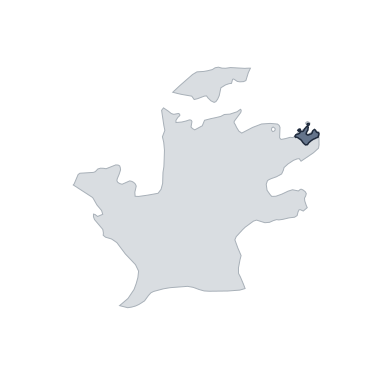 location of Qazakh District, Qazax, Azerbaijan, rotated 126°
{"feature_id": "54616110B43488292017990", "entity_name": "Qazakh District", "entity_type": "district", "adm_level": 2, "iso_a3": "AZE", "parent_name": "Azerbaijan", "parent_adm1": "Qazax", "projection": "robinson", "projection_center": [45.173, 41.158], "detail": "fine", "context": "in_parent", "style": "filled", "palette": "slate", "viewbox_px": 384, "rotation_deg": 126, "n_neighbors": 0, "source": "geoboundaries", "source_scale": "gbopen_adm2", "svg_char_len": 4537}
<svg xmlns="http://www.w3.org/2000/svg" viewBox="0 0 384 384"><g transform="rotate(126 192 192)"><path d="M256.1,292.2L254.7,292.1L244.8,294.4L242.7,293.7L234.1,283.3L232.4,282.2L228.7,281.7L226.5,280.0L224.7,277.3L223.7,275.2L214.9,269.6L213.6,267.6L213.4,265.8L214.6,264.2L216.1,262.8L220.4,261.4L225.4,260.2L227.0,259.4L227.8,257.9L227.7,255.5L226.8,253.1L219.6,248.9L218.8,247.0L218.5,244.8L218.9,242.4L220.0,240.6L225.8,238.1L228.9,235.5L227.0,232.6L220.6,226.0L213.0,218.7L208.0,218.6L202.3,220.8L193.2,227.0L188.1,229.6L181.5,234.0L174.3,238.9L168.4,244.1L164.7,248.4L158.1,250.2L154.8,253.8L143.8,264.6L140.7,264.5L140.5,259.1L140.7,254.9L139.9,252.4L136.4,249.1L136.3,247.7L137.3,246.8L140.0,247.3L143.5,247.1L145.2,245.8L141.4,241.4L138.0,238.5L135.2,236.5L134.5,235.3L134.5,234.4L135.1,233.4L140.0,231.0L140.4,228.8L140.1,226.3L132.4,222.6L126.6,224.0L121.5,219.8L118.1,216.7L114.0,213.2L110.3,211.4L106.7,207.1L100.6,202.7L96.6,201.4L96.7,200.7L97.4,199.9L99.0,199.3L110.0,199.4L111.3,198.6L112.0,196.7L113.5,194.0L115.2,189.9L115.1,186.4L104.1,180.9L96.1,175.7L90.5,169.0L86.8,162.8L86.9,160.7L88.0,158.8L96.5,153.1L97.1,151.6L96.9,150.6L93.8,147.7L90.0,144.7L88.8,142.5L86.4,141.4L81.8,141.3L73.8,137.6L72.1,137.2L71.8,136.5L72.2,135.8L77.9,134.3L77.8,133.0L76.1,131.4L72.8,130.2L69.9,127.3L68.8,124.7L79.2,116.9L82.2,115.4L88.9,116.8L103.0,121.9L102.0,124.8L103.4,126.4L106.7,128.5L112.8,130.8L118.1,131.9L120.7,130.9L124.7,130.1L130.0,132.6L134.8,135.9L137.2,137.2L138.5,137.6L142.1,136.5L146.5,132.3L148.2,127.3L148.7,124.9L146.1,121.6L140.8,118.0L134.9,114.8L131.1,112.0L128.6,106.5L126.2,105.9L125.5,105.2L125.1,103.3L125.2,100.6L126.1,98.6L128.4,97.7L130.8,97.4L133.0,95.5L135.7,91.7L136.9,89.6L142.0,90.8L142.7,94.2L143.6,94.9L145.8,94.5L149.3,93.1L152.1,94.2L155.8,98.2L160.8,102.5L163.6,105.4L164.6,107.3L167.2,109.3L171.0,111.5L174.0,115.0L176.8,123.3L179.5,125.2L189.2,128.3L192.6,128.9L202.1,130.0L205.5,129.2L210.3,122.1L214.6,114.9L218.7,113.3L226.1,109.8L230.5,106.5L232.3,102.9L236.4,96.1L238.9,92.3L243.3,95.7L251.1,104.9L262.2,119.8L264.9,124.0L266.7,128.9L268.4,134.9L270.9,140.1L282.2,153.4L287.1,158.2L295.0,164.6L297.7,166.0L301.4,166.4L308.0,166.4L314.3,168.9L317.3,170.6L320.5,173.1L323.4,176.0L326.5,183.8L315.7,181.2L304.9,181.6L298.9,183.3L293.0,185.5L287.4,188.7L284.0,195.0L281.3,209.5L277.1,223.1L277.3,229.5L279.4,235.5L279.2,238.4L277.2,239.6L274.7,242.2L271.6,254.7L269.9,257.2L267.8,258.7L267.2,257.3L267.3,254.0L262.5,251.1L260.1,254.3L258.4,261.2L255.1,268.5L254.9,269.9L256.1,292.2ZM95.2,164.1L95.7,162.2L94.4,161.3L92.9,161.2L91.7,162.2L91.7,164.6L93.4,165.1L95.2,164.1ZM59.9,220.7L58.3,218.7L57.5,217.5L62.3,216.6L70.2,213.9L72.4,215.2L74.7,218.0L75.9,220.3L76.1,224.7L77.0,225.4L80.9,223.9L82.6,225.7L85.6,227.8L90.7,229.9L98.1,226.6L101.8,225.8L104.9,225.8L106.5,226.8L107.1,230.2L106.5,234.4L105.7,236.7L107.2,238.4L113.3,242.4L115.9,244.6L114.6,248.5L119.2,257.9L120.8,261.6L122.6,266.2L113.2,264.4L96.5,260.6L91.9,258.6L87.5,253.3L84.9,250.8L81.0,247.5L77.9,246.3L75.5,244.0L74.2,240.6L72.2,237.6L68.7,234.0L60.9,221.9L59.9,220.7ZM69.9,140.1L68.9,140.7L67.3,140.1L66.8,138.6L66.9,137.0L68.5,136.7L69.8,137.1L70.1,138.5L69.9,140.1Z" fill="#d9dde1" stroke="#a8b0b8" stroke-width="1"/><path d="M73.4,122.2L72.8,122.6L71.6,122.9L70.9,123.2L70.3,123.5L69.9,123.9L69.7,124.5L70.2,125.4L70.3,125.7L70.3,126.4L70.2,127.1L69.8,127.8L69.5,128.1L69.4,129.0L69.4,129.7L70.1,129.9L70.9,130.1L71.8,130.2L72.8,129.9L73.4,129.6L74.1,129.6L75.0,129.8L75.8,130.4L76.4,130.8L77.2,131.2L77.8,131.7L78.0,132.3L78.0,133.0L78.0,133.6L77.4,134.1L76.5,134.3L76.1,134.5L75.2,134.6L74.1,134.6L73.3,134.9L72.7,135.4L71.6,135.8L71.2,136.1L70.9,137.2L71.9,137.8L73.0,137.8L74.3,138.0L75.3,138.0L76.0,137.9L77.1,137.7L78.0,138.1L78.6,139.0L79.2,139.5L80.4,139.6L81.3,139.6L82.0,139.8L83.0,140.5L83.8,141.2L84.6,141.6L85.7,141.6L86.4,141.5L86.8,140.7L86.6,140.7L86.4,140.1L85.9,138.6L85.8,137.6L85.9,136.6L85.7,134.8L86.0,133.8L86.2,132.9L86.5,132.1L86.8,131.3L86.9,130.4L87.1,129.6L87.1,128.7L87.2,127.9L86.7,127.4L86.1,126.6L85.3,126.4L84.1,126.5L83.5,126.5L82.2,126.2L80.5,125.8L77.8,124.8L76.7,124.0L75.5,123.5L74.6,122.9L74.0,122.5L73.4,122.2L73.4,122.2ZM79.9,142.7L80.0,142.1L80.2,141.7L80.1,141.3L79.8,141.1L79.2,141.0L78.7,140.7L78.0,140.9L77.6,141.2L77.6,141.5L77.8,142.0L78.3,142.4L78.9,142.5L79.6,142.7L79.9,142.7ZM69.5,138.7L69.9,138.2L70.1,137.6L69.8,137.0L69.1,136.7L68.3,136.8L67.9,137.3L67.9,137.7L68.3,138.4L68.8,138.8L69.5,138.7Z" fill="#64748b" stroke="#1e293b" stroke-width="1.5"/></g></svg>